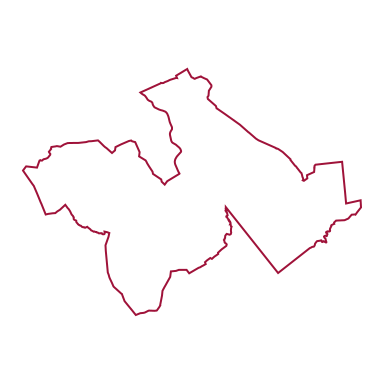 the district of Vecates pag., Burtnieku, Latvia
{"feature_id": "27541924B99627900345565", "entity_name": "Vecates pag.", "entity_type": "district", "adm_level": 2, "iso_a3": "LVA", "parent_name": "Latvia", "parent_adm1": "Burtnieku", "projection": "albers", "projection_center": [25.143, 57.793], "detail": "fine", "context": "isolated", "style": "outline", "palette": "rose", "viewbox_px": 384, "rotation_deg": 0, "n_neighbors": 0, "source": "geoboundaries", "source_scale": "gbopen_adm2", "svg_char_len": 5915}
<svg xmlns="http://www.w3.org/2000/svg" viewBox="0 0 384 384"><path d="M23.1,170.7L32.3,183.9L33.8,185.9L37.2,193.8L40.8,202.6L41.3,203.6L45.7,214.5L48.2,213.9L52.5,213.3L55.3,213.1L57.3,211.4L59.9,209.8L65.3,204.8L67.7,208.1L68.7,209.1L70.1,211.3L71.6,214.5L73.0,216.0L73.3,216.9L73.8,217.3L73.7,218.1L73.7,219.0L74.2,219.7L74.7,220.0L76.2,220.6L76.3,220.8L76.3,221.9L76.5,222.4L77.9,223.9L77.9,224.1L78.8,224.9L79.5,225.1L79.9,225.5L81.0,225.8L81.9,226.8L83.3,227.3L83.9,227.1L84.5,227.6L85.3,227.7L85.7,227.6L86.2,227.2L87.3,226.8L87.7,227.3L90.3,229.3L91.2,230.4L92.4,230.9L93.7,231.7L94.5,231.5L95.5,232.0L96.5,232.0L97.1,232.6L97.8,232.6L99.0,233.4L100.4,233.2L101.2,233.4L101.5,233.2L101.8,233.2L102.1,233.7L102.3,234.0L102.6,234.2L103.5,234.3L104.1,234.2L104.4,234.0L104.6,233.7L104.7,233.3L104.5,231.6L107.2,232.2L109.3,233.0L108.5,236.8L105.5,245.3L105.6,247.2L105.8,250.9L107.8,272.5L108.7,274.8L109.3,277.1L109.8,278.4L111.9,282.8L113.5,286.5L114.2,287.2L118.2,290.8L121.5,293.8L122.0,294.1L122.0,294.3L124.6,301.2L132.3,310.6L135.8,315.0L140.3,313.2L143.3,312.9L144.7,312.6L148.5,310.7L149.3,310.6L154.5,310.8L156.5,310.6L156.8,310.5L157.2,310.0L159.2,307.2L160.2,305.5L160.1,305.4L162.0,295.7L162.5,290.8L164.3,287.4L165.4,285.5L170.2,276.9L170.9,271.4L176.0,270.9L178.8,269.9L186.6,269.9L189.2,273.3L198.6,267.8L200.1,267.3L202.2,266.0L202.9,265.7L205.7,264.1L205.0,262.2L207.1,260.3L210.3,258.0L211.7,258.8L211.9,258.9L214.3,256.7L218.2,254.0L218.0,252.7L221.6,249.4L226.3,245.9L226.7,244.5L226.5,244.0L225.7,243.3L225.4,243.2L224.9,242.7L224.5,242.0L224.5,241.2L223.9,240.0L224.1,239.7L224.5,239.3L224.5,238.9L224.8,238.5L224.8,238.2L225.1,237.9L225.2,235.9L225.9,234.8L226.7,233.9L229.6,234.7L230.7,234.2L231.2,232.7L230.9,230.8L231.1,228.2L231.6,226.6L231.4,226.4L231.0,226.3L230.9,226.0L230.7,225.5L230.7,225.2L230.6,224.8L230.6,224.3L230.7,224.1L230.5,223.8L230.2,223.9L230.5,223.1L230.5,222.7L230.2,222.4L230.1,221.6L229.9,221.5L229.6,221.6L229.2,221.4L229.2,221.2L229.5,221.0L229.0,220.6L229.0,220.1L228.9,219.8L228.5,219.8L228.5,219.5L228.4,219.3L227.7,218.6L227.6,218.2L227.4,217.9L227.1,217.3L226.9,216.6L226.7,216.7L226.7,216.9L226.6,217.0L226.3,216.8L226.3,216.5L226.4,216.2L227.6,215.4L227.6,215.2L227.2,213.7L227.1,213.0L226.7,212.5L226.7,212.1L226.3,211.9L226.1,211.5L226.2,211.3L226.4,211.3L226.5,211.2L226.5,210.9L226.4,210.8L225.9,210.8L225.5,210.6L225.5,210.4L225.8,209.8L226.2,209.6L226.4,209.2L226.3,208.9L226.1,208.8L226.2,208.6L225.8,208.4L225.9,208.2L225.9,207.8L225.8,207.7L225.8,207.1L278.1,273.0L309.8,248.1L311.0,247.6L312.2,246.9L312.6,246.8L313.7,246.7L313.9,246.6L314.2,246.2L314.7,245.4L315.1,243.6L315.4,243.2L316.6,241.6L317.0,241.2L317.4,241.1L320.0,240.7L321.2,240.3L321.4,240.4L321.6,240.7L321.7,241.5L322.0,241.9L322.2,242.0L322.7,241.9L323.4,241.2L323.8,241.2L324.3,241.7L325.3,242.1L325.8,242.4L326.0,242.5L326.3,242.4L326.4,242.1L325.9,240.6L325.5,238.8L325.3,238.4L324.8,238.1L324.6,237.9L324.3,237.1L324.0,236.8L324.0,236.6L324.3,236.2L324.6,236.0L325.6,235.6L326.0,235.7L326.5,236.1L326.8,236.0L326.9,235.8L327.0,235.0L327.2,234.7L327.3,234.6L327.4,234.4L327.4,234.0L327.0,233.2L326.3,232.9L326.1,232.6L326.1,232.2L326.5,231.8L327.7,231.3L328.3,231.3L328.8,231.6L329.6,231.4L330.0,231.1L330.1,230.4L329.9,229.6L330.0,228.9L330.7,227.3L331.3,226.3L331.2,225.5L331.4,225.2L332.7,224.5L334.2,223.9L334.1,223.7L334.1,222.5L336.1,220.6L344.6,220.2L348.4,218.5L350.6,215.9L351.7,214.7L355.2,214.4L355.5,214.6L355.9,214.0L356.2,213.7L356.9,212.6L361.0,207.4L360.6,200.3L346.1,203.5L345.1,192.5L342.1,161.8L315.5,164.7L314.6,165.7L314.3,167.4L314.5,167.4L314.1,172.0L307.0,175.2L307.3,178.4L303.9,180.8L303.1,180.5L302.8,180.3L303.0,180.1L303.2,179.3L303.2,178.8L302.9,177.9L302.5,177.0L301.9,174.5L301.4,173.0L300.6,172.4L297.5,168.4L296.8,167.6L296.7,167.3L295.8,166.2L295.1,165.8L290.4,159.9L290.4,159.7L290.5,159.3L290.3,159.1L282.7,152.0L278.2,149.0L276.1,148.2L275.5,147.9L275.5,148.0L275.2,147.8L275.2,147.7L258.5,140.3L255.9,138.6L248.9,132.5L248.6,132.4L239.9,124.7L224.9,114.0L217.1,108.6L216.6,108.4L215.9,106.0L207.9,99.0L207.8,98.7L207.5,97.1L208.5,95.7L208.9,90.7L211.4,86.8L211.4,85.2L207.1,79.5L204.1,78.2L201.5,76.9L201.2,76.9L201.1,76.6L200.9,76.4L196.2,78.1L194.8,78.8L194.5,78.8L193.3,78.1L193.1,77.9L191.5,77.2L188.2,71.2L187.4,69.5L187.2,69.0L176.1,75.7L177.0,78.0L176.5,77.9L175.9,78.0L170.2,79.8L169.1,80.3L167.8,81.0L164.9,82.1L163.4,83.0L162.2,83.1L160.9,82.9L160.7,83.3L140.4,92.5L141.5,93.5L143.1,94.6L144.2,95.2L145.0,95.8L146.3,97.5L147.7,99.7L149.4,100.9L150.5,101.3L151.3,101.7L151.9,102.2L152.3,102.7L152.8,104.5L153.2,105.4L154.0,106.6L154.5,107.3L159.0,109.5L160.7,110.1L162.7,110.6L165.2,111.6L165.8,112.0L166.8,113.1L167.2,113.7L167.6,114.6L168.2,116.0L168.6,117.3L169.7,121.9L170.4,123.7L171.8,126.8L172.0,127.5L172.0,128.3L172.0,128.8L172.0,129.2L171.6,129.9L170.6,131.5L170.1,132.8L169.9,133.9L170.0,135.0L171.2,140.5L171.4,141.1L172.0,142.2L172.4,142.6L172.8,142.9L175.9,144.7L177.7,146.3L178.8,147.2L179.7,148.1L180.3,148.9L180.9,150.3L181.1,151.1L181.1,151.4L180.9,152.0L178.1,155.1L176.8,156.6L175.5,158.8L175.1,159.9L174.8,161.3L174.8,162.2L175.0,163.6L175.4,164.8L177.9,170.6L178.6,172.1L179.5,173.6L179.4,173.8L167.2,181.2L164.7,184.6L161.7,181.7L161.2,179.4L153.0,173.9L152.5,171.6L149.0,166.3L147.1,163.2L146.4,161.7L145.6,160.4L139.1,156.4L139.6,152.1L135.2,142.1L132.1,141.3L131.2,140.5L128.9,141.0L121.0,144.4L115.5,147.1L115.0,150.4L112.0,153.0L106.4,148.0L105.3,147.3L103.8,146.0L99.5,141.7L98.0,140.4L91.4,141.2L88.8,141.3L86.0,142.1L78.6,142.9L69.8,143.0L67.6,143.1L64.0,144.5L60.5,146.7L56.9,146.1L55.5,146.4L51.4,147.0L50.9,148.7L51.1,149.0L48.9,151.8L49.2,152.5L50.3,153.9L50.3,154.1L50.2,154.8L48.0,157.6L47.1,158.2L45.9,158.7L43.5,159.3L42.0,160.6L40.7,160.5L40.4,160.2L39.6,160.5L39.3,161.1L37.0,167.6L26.4,166.4L26.1,166.4L23.0,170.5L23.1,170.7Z" fill="none" stroke="#9f1239" stroke-width="2"/></svg>